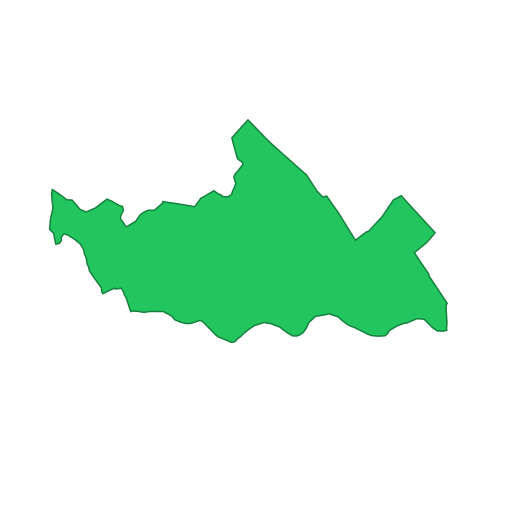 Ans, Dhamar, Yemen, rotated 329°
{"feature_id": "15242507B14895692006944", "entity_name": "Ans", "entity_type": "district", "adm_level": 2, "iso_a3": "YEM", "parent_name": "Yemen", "parent_adm1": "Dhamar", "projection": "equal_earth", "projection_center": [44.359, 14.441], "detail": "fine", "context": "isolated", "style": "filled", "palette": "green", "viewbox_px": 512, "rotation_deg": 329, "n_neighbors": 0, "source": "geoboundaries", "source_scale": "gbopen_adm2", "svg_char_len": 4128}
<svg xmlns="http://www.w3.org/2000/svg" viewBox="0 0 512 512"><g transform="rotate(329 256 256)"><path d="M319.5,387.7L323.6,389.8L325.4,390.8L328.4,390.3L328.7,390.3L331.1,389.0L331.9,388.6L335.1,388.6L338.3,388.6L340.4,388.6L341.5,388.6L343.1,388.9L347.7,389.9L349.1,390.2L349.5,390.4L351.0,391.2L355.6,391.7L356.8,391.9L357.8,392.1L361.8,392.7L363.9,394.2L367.5,396.8L370.4,408.3L372.8,413.6L375.4,415.3L375.8,415.6L377.8,416.9L381.3,417.9L381.6,416.9L385.5,411.2L391.2,400.3L393.7,396.0L395.5,395.0L394.7,377.7L394.0,362.1L394.8,360.4L394.1,348.3L393.4,334.7L408.6,332.5L412.8,331.3L421.5,328.3L416.4,303.4L415.9,301.0L411.5,279.1L406.6,278.9L402.9,278.7L398.9,280.5L397.6,281.1L384.0,287.4L383.0,287.7L380.5,288.4L365.4,292.8L364.9,292.7L363.9,292.5L362.9,292.2L349.3,293.7L349.2,284.6L348.9,262.4L347.4,240.9L343.7,240.1L341.7,231.6L341.6,229.9L341.3,219.9L341.0,212.4L339.8,208.7L336.7,198.9L335.4,194.6L335.2,194.0L333.0,186.9L332.8,186.4L330.1,177.6L328.4,172.2L326.1,164.7L325.9,163.7L325.3,161.2L324.8,159.4L323.9,155.1L323.6,153.8L323.4,153.3L322.4,148.8L321.4,144.2L319.5,136.2L319.2,135.2L315.4,136.4L300.8,140.8L296.2,142.3L295.0,146.0L293.7,150.5L293.2,152.5L292.4,155.2L292.0,156.6L291.1,159.8L290.6,161.9L290.4,162.7L290.2,163.0L290.3,163.3L291.0,165.2L291.4,166.0L292.3,168.0L292.4,168.6L292.5,169.1L292.5,169.3L292.4,170.1L291.7,170.8L287.5,172.5L285.2,173.5L284.1,173.8L281.6,174.6L279.0,175.9L277.5,177.2L277.4,177.5L276.8,180.1L276.7,180.5L276.6,180.9L276.4,181.8L276.1,183.4L272.4,186.3L269.1,188.6L266.9,190.5L265.6,190.7L264.5,190.8L263.0,190.8L262.4,190.8L262.2,190.6L261.6,190.3L258.9,188.7L258.7,188.5L258.2,188.3L258.0,187.5L257.8,186.7L257.6,186.0L257.5,185.8L257.5,185.7L257.3,185.2L256.5,184.4L256.0,184.0L255.8,183.6L255.2,182.3L255.2,182.2L254.8,181.4L253.5,178.4L243.8,178.3L238.5,178.1L233.3,180.3L228.9,182.2L227.4,180.9L220.2,174.7L213.4,169.0L210.5,166.6L204.1,161.4L203.8,162.5L200.7,163.0L195.1,164.0L193.8,164.3L193.1,164.4L192.6,164.5L191.2,163.7L189.0,162.3L187.1,161.2L183.4,160.8L183.0,160.7L178.0,161.0L176.4,161.7L173.2,163.2L170.5,164.4L170.4,164.3L160.6,164.3L159.4,163.0L159.5,159.0L159.0,154.5L160.6,152.0L165.9,148.6L167.1,144.7L165.1,142.7L160.9,135.3L160.9,135.1L160.7,134.8L157.6,130.5L155.5,130.7L150.6,131.2L150.1,131.2L147.0,131.6L144.2,132.0L143.3,132.1L135.9,131.2L133.2,130.9L131.5,128.6L129.5,125.8L129.1,125.2L128.6,121.5L127.2,113.4L125.0,111.8L122.7,110.3L120.9,105.5L117.8,98.5L115.6,94.1L112.7,97.7L108.7,105.8L106.8,110.2L104.3,112.8L102.0,115.2L101.5,115.7L99.7,117.6L98.4,119.1L96.9,121.1L92.8,126.9L94.3,132.4L92.3,137.3L90.5,142.7L94.0,143.9L94.7,143.6L95.9,143.0L97.1,142.5L99.1,139.4L102.8,138.1L103.1,138.4L105.8,141.6L106.4,142.7L106.9,143.9L107.5,145.2L109.6,149.1L109.6,149.7L111.6,155.3L111.6,158.2L111.5,162.0L110.8,163.7L110.7,164.5L110.1,165.2L110.1,165.5L109.3,170.8L108.3,173.1L107.7,174.5L107.2,175.7L107.1,177.1L106.6,180.1L106.0,181.4L105.9,182.6L105.5,183.5L105.7,186.2L106.0,191.2L106.0,191.5L107.1,203.5L105.5,206.7L105.4,207.5L105.3,209.4L112.4,210.0L116.7,210.5L117.8,210.6L118.5,211.9L121.6,213.3L123.9,214.2L123.9,215.1L123.9,219.1L123.2,221.2L123.1,221.6L123.3,224.3L122.6,227.6L121.0,234.5L120.0,239.1L121.7,239.5L125.9,242.3L130.9,246.6L135.7,248.5L139.4,250.6L145.7,254.5L147.9,255.8L152.7,263.7L153.6,268.9L157.1,273.7L161.4,278.0L164.0,279.4L165.6,280.3L171.5,281.6L173.6,282.1L174.3,282.4L175.3,282.9L175.7,283.4L176.1,284.0L176.6,285.4L177.2,287.5L180.9,303.2L182.5,306.7L184.6,309.4L186.1,311.4L187.9,313.8L189.3,316.1L190.9,317.6L192.2,318.1L194.0,318.5L195.8,318.0L198.3,317.3L198.9,317.3L200.6,317.3L205.2,316.1L211.2,315.3L213.6,315.1L218.8,314.8L221.8,315.6L228.7,317.2L233.1,321.0L234.1,321.9L237.4,326.2L239.7,329.0L240.8,331.9L241.6,334.2L242.4,335.4L243.2,337.8L246.3,343.4L250.1,345.7L253.3,346.2L257.1,345.9L262.3,343.6L266.9,340.3L267.7,340.1L275.9,338.4L276.3,338.6L279.0,339.6L285.0,342.0L288.7,343.1L290.1,344.7L292.6,347.5L295.0,350.3L296.8,356.1L299.1,361.9L301.3,365.3L303.3,367.6L308.1,375.2L312.1,381.4L314.1,383.5L314.4,384.0L319.5,387.7Z" fill="#22c55e" stroke="#15803d" stroke-width="1.5"/></g></svg>